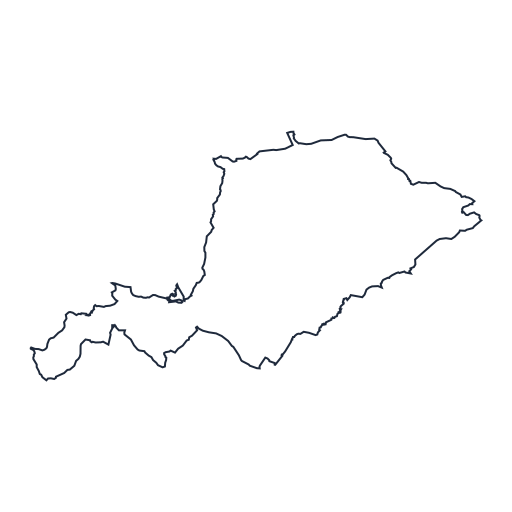 the district of Jichisu De Jos, Cluj, Romania
{"feature_id": "2599482B10941499312276", "entity_name": "Jichisu De Jos", "entity_type": "district", "adm_level": 2, "iso_a3": "ROU", "parent_name": "Romania", "parent_adm1": "Cluj", "projection": "natural_earth1", "projection_center": [23.756, 47.117], "detail": "fine", "context": "isolated", "style": "outline", "palette": "slate", "viewbox_px": 512, "rotation_deg": 0, "n_neighbors": 0, "source": "geoboundaries", "source_scale": "gbopen_adm2", "svg_char_len": 6047}
<svg xmlns="http://www.w3.org/2000/svg" viewBox="0 0 512 512"><path d="M259.7,368.4L259.5,366.8L259.9,365.6L265.3,357.6L267.5,358.5L269.2,360.2L269.4,361.2L274.6,363.0L274.7,364.7L275.2,364.8L282.3,355.9L281.6,355.4L281.8,354.5L283.0,354.1L285.1,351.5L290.8,342.2L291.8,339.6L292.5,340.4L292.2,339.2L293.0,337.0L294.2,337.0L294.9,335.8L296.9,334.2L298.4,333.7L300.4,333.9L303.7,331.8L309.0,332.8L315.6,335.1L317.3,334.5L317.9,332.4L319.9,330.3L319.2,329.8L319.6,327.6L320.8,327.3L321.1,326.3L322.0,325.4L322.2,324.3L323.4,323.9L323.8,324.7L325.2,324.4L324.8,323.7L325.7,323.7L326.0,322.3L331.3,319.8L331.4,318.5L333.2,318.1L333.1,317.5L334.4,317.9L335.0,316.8L336.9,316.2L337.5,313.8L338.5,313.1L338.5,312.2L339.5,311.9L340.1,312.7L340.5,312.5L340.6,311.1L340.0,310.8L340.8,309.6L340.1,309.7L339.7,308.8L340.6,307.9L340.4,306.9L341.0,306.0L343.7,303.7L343.7,302.7L343.4,302.2L343.0,302.8L342.8,302.3L343.5,299.8L343.9,299.6L343.8,298.9L346.4,298.2L347.3,300.0L349.7,297.3L350.8,295.1L362.3,297.2L364.6,294.6L366.5,289.6L369.1,287.6L372.1,286.4L378.0,286.1L381.8,287.6L381.0,285.5L380.8,283.5L381.8,282.8L382.0,281.6L383.2,279.9L387.7,277.8L389.3,277.9L389.5,277.1L392.0,275.3L396.3,273.1L398.3,272.4L399.3,273.0L404.5,271.5L405.5,272.5L410.8,273.5L409.3,271.2L411.1,269.4L410.5,268.4L413.9,267.0L415.4,264.5L415.1,259.5L436.6,240.6L439.7,239.0L446.0,238.2L451.3,239.0L454.7,236.8L459.2,232.2L459.9,230.5L465.1,230.8L466.8,229.7L472.8,228.1L474.2,226.3L481.3,220.4L480.5,219.9L479.3,217.6L479.6,215.9L479.3,215.2L476.1,214.0L474.1,212.4L469.9,213.7L467.9,215.1L466.2,215.0L463.6,212.1L462.3,212.7L461.9,211.9L462.4,210.3L462.1,209.1L463.3,207.2L468.3,205.5L469.8,204.1L472.3,204.2L472.1,203.2L474.4,201.2L471.5,199.0L468.4,197.5L466.1,197.2L465.2,196.3L461.7,196.9L460.4,194.5L455.8,192.0L455.2,191.1L450.3,188.9L444.1,188.1L440.5,186.4L435.3,182.8L427.9,183.3L426.1,182.8L421.7,182.8L419.0,182.0L413.3,184.7L410.9,183.8L410.3,180.9L409.5,181.0L409.0,179.1L408.1,179.0L408.1,178.1L406.4,175.1L403.2,171.6L396.5,167.7L395.7,167.9L391.5,163.3L391.3,161.9L390.4,160.3L391.2,158.8L390.8,157.8L387.8,154.8L383.9,152.9L383.7,152.6L385.4,151.4L378.5,142.8L377.6,140.6L374.4,138.6L365.6,139.1L353.3,137.2L349.6,137.1L347.9,136.6L346.1,134.8L344.7,134.7L337.7,137.0L331.6,140.0L320.8,140.4L311.2,143.8L306.3,144.2L299.8,143.2L298.8,143.5L295.6,140.9L293.8,138.4L294.0,137.7L293.4,135.4L295.1,134.0L293.7,134.5L293.4,131.7L290.4,131.9L287.2,132.9L292.7,145.0L285.2,148.7L276.3,150.1L273.3,149.8L259.5,151.4L257.0,153.6L257.3,154.1L256.9,154.4L250.4,159.1L248.5,158.6L246.6,156.9L245.7,156.7L245.0,157.6L242.8,158.6L236.6,158.8L236.3,159.2L236.4,160.9L234.0,161.7L232.7,161.5L227.9,157.9L222.6,157.5L221.3,157.0L220.9,156.2L216.1,158.9L213.7,158.7L214.0,159.7L213.5,159.9L214.7,162.1L215.0,163.6L216.3,165.2L217.9,166.4L220.5,167.1L222.7,168.8L224.2,169.1L224.4,171.3L223.7,172.2L224.3,173.8L223.5,176.1L222.4,177.5L222.9,178.3L222.3,179.0L222.5,180.7L222.2,183.1L220.4,186.2L220.0,189.4L220.6,190.1L220.7,191.2L220.1,192.3L219.9,194.5L217.2,198.1L217.2,199.7L216.8,200.9L213.2,204.3L213.8,209.4L214.6,211.4L213.6,212.5L213.7,214.0L212.8,214.8L213.1,216.4L211.1,219.2L211.1,221.2L210.5,222.4L213.6,227.8L211.7,230.0L211.2,231.8L206.8,236.3L206.1,242.5L204.3,247.1L204.4,251.0L205.4,252.7L205.4,257.6L204.1,264.0L202.3,267.7L202.5,268.8L203.6,269.8L204.3,271.5L204.8,275.0L203.3,276.0L201.4,279.9L199.9,281.8L198.8,282.6L196.7,282.9L195.8,285.2L193.4,288.7L192.8,291.3L190.9,294.7L191.5,295.6L190.1,296.3L187.9,298.5L185.0,299.2L184.6,300.9L183.6,300.4L183.7,296.6L178.3,287.4L177.1,284.3L176.3,285.4L176.9,288.2L175.7,289.1L175.7,290.5L174.8,290.9L175.8,292.4L175.7,293.9L176.1,294.3L175.8,295.7L174.4,296.5L173.7,295.8L173.7,295.0L172.8,295.7L172.5,295.5L172.8,294.0L172.3,293.7L170.8,294.5L169.7,297.2L167.9,297.5L171.1,300.7L172.9,300.9L179.2,299.6L181.4,300.4L182.4,301.9L181.5,302.8L178.3,302.6L175.9,301.4L169.2,302.2L169.4,301.5L168.9,300.5L168.2,300.4L167.5,299.7L167.6,299.2L166.3,298.4L158.6,296.6L155.2,295.1L153.0,295.0L149.1,297.5L147.6,297.3L145.9,297.8L143.3,297.6L141.1,296.6L138.7,296.8L135.6,296.1L133.2,295.1L131.9,293.4L131.1,291.7L130.5,287.1L124.8,286.7L115.3,283.5L112.3,283.0L111.9,283.1L115.3,285.5L115.8,289.0L115.4,290.4L111.8,292.4L112.3,293.3L112.2,295.7L115.3,299.6L117.3,301.0L114.5,304.1L110.1,305.7L105.7,306.1L103.9,306.9L98.8,306.0L96.5,306.2L95.2,305.1L94.1,306.2L93.7,308.3L94.1,309.2L92.7,310.5L91.8,312.7L91.5,312.6L92.0,311.3L91.5,311.2L90.0,313.8L90.1,315.1L88.6,315.6L87.4,315.3L89.2,314.6L86.5,315.1L86.3,313.8L81.3,313.3L80.8,314.2L78.7,313.8L76.4,315.1L72.8,312.7L70.1,312.0L68.7,312.3L65.8,314.8L66.5,318.6L64.1,322.2L64.6,325.5L64.4,327.2L62.1,330.4L58.4,332.8L53.6,337.6L50.7,338.3L49.1,339.6L47.4,343.9L47.0,346.9L46.4,348.2L44.5,349.7L42.4,350.4L38.7,349.1L35.0,348.9L31.2,347.5L30.7,348.2L30.8,348.8L33.3,350.0L34.2,351.1L34.8,353.2L33.8,354.7L33.9,356.1L33.3,357.4L33.4,359.1L36.7,364.5L36.7,367.1L38.8,371.0L39.8,374.0L41.2,374.7L42.4,377.2L46.4,380.3L48.0,378.5L50.9,378.3L54.2,379.0L55.9,377.8L56.0,376.7L64.2,373.0L67.4,369.9L69.8,369.6L74.3,365.8L76.1,360.9L78.4,358.9L79.8,356.7L80.5,353.8L80.6,345.8L81.0,344.1L85.5,339.5L90.1,340.3L90.4,341.4L91.8,342.3L92.6,341.8L95.6,342.5L100.8,342.3L103.1,341.7L108.4,344.6L110.6,334.7L110.1,332.8L112.2,328.5L112.2,325.2L113.5,325.2L113.9,326.5L114.9,325.2L115.9,326.5L116.2,327.5L118.9,330.3L125.0,330.3L124.3,332.6L124.5,334.4L130.9,339.5L134.0,345.3L137.6,349.5L139.3,350.5L144.4,351.2L145.1,352.5L148.7,355.6L151.4,357.1L153.1,360.1L156.3,362.8L158.0,365.2L162.6,367.3L164.9,366.5L165.2,362.7L166.1,360.1L166.3,357.7L165.4,357.0L165.4,356.2L164.2,354.4L164.1,353.1L165.6,352.2L169.5,351.5L170.6,350.6L175.0,352.6L178.1,348.7L182.8,345.6L186.7,340.5L188.8,339.7L189.2,337.3L192.0,335.7L197.1,330.3L196.0,327.5L197.1,326.7L198.8,328.6L202.8,330.7L208.9,332.3L216.1,333.4L221.7,336.0L228.2,341.0L231.9,346.0L233.3,346.8L238.9,355.3L241.1,360.1L241.9,361.0L248.7,364.5L249.8,365.7L256.9,368.2L259.7,368.4Z" fill="none" stroke="#1e293b" stroke-width="2"/></svg>